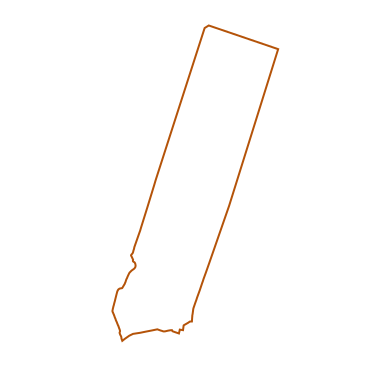 outline of Tura, Al Qahirah, Egypt, rotated 290°
{"feature_id": "37247803B1884066406604", "entity_name": "Tura", "entity_type": "district", "adm_level": 2, "iso_a3": "EGY", "parent_name": "Egypt", "parent_adm1": "Al Qahirah", "projection": "robinson", "projection_center": [31.303, 29.94], "detail": "fine", "context": "isolated", "style": "outline", "palette": "amber", "viewbox_px": 384, "rotation_deg": 290, "n_neighbors": 0, "source": "geoboundaries", "source_scale": "gbopen_adm2", "svg_char_len": 2426}
<svg xmlns="http://www.w3.org/2000/svg" viewBox="0 0 384 384"><g transform="rotate(290 192 192)"><path d="M191.8,231.6L355.7,224.1L354.2,150.8L350.4,147.8L190.6,153.8L185.8,154.1L162.4,155.3L140.9,156.3L138.0,156.5L136.6,156.5L136.0,156.5L120.3,156.7L119.2,156.9L118.1,157.0L117.0,157.0L115.4,157.2L114.5,157.2L113.8,157.0L113.4,156.9L112.9,156.7L112.5,156.5L112.0,156.4L111.7,156.4L111.4,156.5L110.9,157.1L109.0,159.0L108.5,159.5L108.3,159.7L108.2,159.8L107.7,159.9L107.4,159.9L107.3,160.0L106.9,160.1L106.7,160.3L106.5,160.7L106.4,161.2L106.4,161.4L106.3,161.6L106.2,162.1L106.1,162.3L105.8,162.6L105.2,163.2L104.8,163.5L104.4,163.7L104.0,163.9L103.5,164.2L103.0,164.3L102.4,164.4L101.9,164.4L101.0,164.2L100.4,164.0L99.7,163.6L99.1,163.2L98.7,162.9L98.2,162.6L97.5,162.1L96.6,161.7L95.5,161.2L95.1,161.0L94.4,160.8L93.5,160.7L92.6,160.6L91.4,160.5L90.4,160.4L89.0,160.4L88.3,160.3L87.6,160.2L86.3,160.2L84.8,160.3L83.9,160.2L83.1,160.2L82.5,160.2L81.8,160.0L81.6,160.0L78.0,159.3L77.9,159.2L77.7,159.1L77.2,158.2L76.7,157.4L76.6,157.2L76.4,157.0L76.3,156.9L76.2,156.8L76.1,156.7L75.9,156.6L75.6,156.4L75.4,156.3L75.3,156.2L75.2,156.2L74.9,156.1L74.7,156.0L74.4,156.0L74.2,155.9L73.9,155.9L73.6,155.9L73.3,155.8L73.1,155.8L69.8,156.1L65.0,156.6L63.4,156.8L60.8,157.0L60.7,157.0L59.1,157.2L57.4,157.3L56.0,157.5L55.5,157.5L54.4,157.7L53.5,157.8L53.2,157.9L52.6,158.1L52.3,158.3L52.2,158.4L52.1,158.5L51.8,158.8L51.7,158.9L51.7,159.0L51.3,159.3L50.5,160.0L50.2,160.4L49.4,161.0L48.9,161.5L48.2,162.0L47.4,162.7L46.6,163.5L45.5,164.3L44.5,165.3L43.8,166.0L43.3,166.4L42.7,166.9L42.2,167.4L41.7,167.8L41.5,168.0L41.4,168.1L41.1,168.5L40.8,168.7L40.7,168.8L40.4,169.0L40.2,169.2L40.0,169.4L39.2,170.0L38.2,170.9L37.0,171.8L36.5,172.0L34.9,172.1L33.5,173.2L33.3,173.4L33.2,173.5L32.5,174.3L32.2,174.6L32.0,174.8L31.5,175.2L30.1,175.9L28.3,177.4L30.9,179.0L35.5,182.2L38.5,185.1L42.0,191.5L44.9,196.2L48.2,201.7L51.1,206.4L51.1,209.9L51.2,211.1L51.2,212.8L51.8,214.3L53.5,216.9L54.7,219.0L55.3,220.4L54.5,221.3L54.5,223.4L54.6,228.1L56.3,227.9L58.5,227.6L59.1,230.8L63.7,229.8L63.8,229.8L64.0,229.9L67.8,233.1L69.5,234.3L70.3,236.2L75.1,234.8L75.3,234.8L76.1,234.5L76.9,234.4L78.0,234.2L82.5,233.2L83.5,233.1L83.9,233.1L88.8,233.0L92.2,233.0L94.2,232.9L94.3,232.9L102.6,232.9L109.8,232.7L111.9,232.7L114.1,232.6L118.5,232.6L121.0,232.6L130.9,232.5L145.1,232.3L191.8,231.6Z" fill="none" stroke="#b45309" stroke-width="2"/></g></svg>